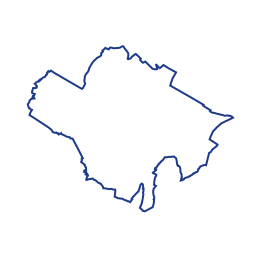 outline of Xochitlán Todos Santos, Puebla, Mexico, rotated 278°
{"feature_id": "50627088B34360163600394", "entity_name": "Xochitlán Todos Santos", "entity_type": "district", "adm_level": 2, "iso_a3": "MEX", "parent_name": "Mexico", "parent_adm1": "Puebla", "projection": "albers", "projection_center": [-97.79, 18.694], "detail": "fine", "context": "isolated", "style": "outline", "palette": "blue", "viewbox_px": 256, "rotation_deg": 278, "n_neighbors": 0, "source": "geoboundaries", "source_scale": "gbopen_adm2", "svg_char_len": 5604}
<svg xmlns="http://www.w3.org/2000/svg" viewBox="0 0 256 256"><g transform="rotate(278 128 128)"><path d="M152.8,230.5L153.7,229.3L153.9,228.6L154.0,228.1L154.4,227.0L154.4,226.7L154.1,226.3L154.3,225.7L154.2,225.2L154.2,224.0L153.7,222.7L153.6,221.9L153.9,220.7L154.0,220.1L154.1,218.7L154.0,218.4L154.2,217.7L154.2,217.1L154.3,216.7L154.4,214.7L155.0,211.3L154.9,210.0L155.1,208.9L155.5,207.7L156.1,206.8L157.1,207.3L158.1,204.7L160.6,199.2L161.5,199.6L167.4,185.2L175.9,163.9L179.7,164.5L183.9,165.4L189.8,167.9L192.7,160.1L195.3,154.4L194.6,153.7L192.4,151.9L191.7,151.2L192.6,149.8L195.1,146.6L192.6,148.0L190.4,148.7L190.1,147.9L190.0,147.2L189.9,145.8L190.0,144.5L190.3,143.8L194.9,137.6L196.2,135.9L195.6,135.2L195.0,134.0L194.7,133.7L195.2,133.0L196.0,131.7L197.5,130.4L198.4,131.0L200.4,128.4L202.3,125.6L202.3,125.1L199.7,122.5L198.4,121.5L197.2,120.8L196.2,118.7L196.5,118.0L197.4,118.2L199.7,118.2L201.1,118.1L202.0,117.8L203.5,116.6L206.6,113.3L207.6,112.7L208.2,112.0L208.2,111.6L208.1,111.2L208.0,110.8L206.8,109.3L206.6,109.0L206.2,108.2L205.8,106.6L205.5,105.2L205.1,103.3L205.0,102.3L205.0,101.8L205.2,101.0L205.2,100.5L205.2,99.6L205.1,99.1L204.9,98.9L204.3,98.6L203.8,98.3L203.4,98.3L203.2,98.1L203.3,96.9L203.6,96.6L203.5,96.3L204.4,93.6L203.7,94.3L201.1,91.9L200.2,92.6L198.3,90.9L197.7,91.4L196.2,91.3L194.9,90.2L193.9,88.7L193.1,87.6L191.8,86.6L189.9,85.0L188.5,84.1L185.1,82.5L181.9,81.3L180.1,81.1L179.1,80.9L177.1,80.0L176.9,79.7L174.6,78.5L173.0,78.1L171.0,78.2L168.6,78.2L167.1,78.8L166.0,79.4L165.6,79.4L162.8,78.3L161.5,78.0L160.3,76.9L172.2,47.6L174.1,43.7L172.7,42.4L173.3,41.2L171.3,40.1L170.8,40.6L168.8,39.7L168.9,39.3L167.0,38.6L166.2,36.9L164.0,35.2L164.2,34.6L163.4,33.9L163.4,34.5L161.9,33.7L161.3,32.0L160.8,31.2L158.9,29.5L158.1,30.7L156.9,31.3L156.7,32.0L155.2,31.9L154.9,31.0L154.7,30.9L154.4,29.4L154.4,28.5L150.6,27.9L149.3,28.3L148.8,30.1L148.7,31.0L147.0,30.5L146.8,30.2L146.6,29.4L145.6,29.2L145.0,30.6L144.2,31.2L143.5,28.2L141.1,26.6L140.1,26.7L139.5,26.5L137.5,25.5L137.0,25.6L133.9,27.2L134.0,27.6L133.8,28.1L132.9,28.8L132.6,30.4L130.1,29.3L127.2,28.6L117.3,49.6L116.4,51.0L115.6,52.4L115.0,52.8L114.8,53.2L114.4,53.5L113.4,54.0L113.1,57.6L113.3,57.7L113.1,58.0L113.0,59.4L112.9,59.4L112.8,59.8L112.2,59.8L112.1,60.0L112.9,60.0L112.8,61.7L112.9,62.0L113.1,62.2L112.9,62.2L112.8,62.5L112.7,62.4L112.6,63.0L112.8,63.1L112.7,63.4L112.3,64.3L112.2,65.0L111.8,65.8L111.8,66.3L111.0,68.0L110.8,69.7L110.8,70.7L110.6,71.8L109.7,72.3L109.7,74.7L103.6,79.0L103.4,79.3L91.8,87.4L91.5,86.6L91.4,86.4L91.1,86.4L90.8,86.4L90.4,86.7L89.8,86.8L89.4,86.8L87.9,86.3L87.7,87.0L86.8,87.9L86.5,89.0L86.1,89.5L85.7,89.8L85.6,90.3L84.9,90.3L84.6,90.4L83.7,91.3L83.3,91.5L83.1,91.9L81.2,92.3L80.3,92.4L80.4,92.1L80.3,91.6L80.0,91.6L80.1,91.4L79.9,91.0L79.6,90.6L78.5,90.5L78.4,91.1L78.8,91.7L78.7,92.3L78.3,92.1L77.5,93.3L76.4,92.3L76.1,92.4L76.0,92.8L76.9,93.7L75.7,95.0L75.0,94.9L74.8,94.4L72.8,94.0L70.9,93.9L70.8,94.4L71.9,96.4L72.4,98.4L73.1,100.1L72.8,100.6L72.2,101.0L71.9,101.9L71.7,103.3L71.1,104.0L69.6,106.3L69.3,107.4L69.0,108.2L69.2,108.3L69.0,108.8L68.4,109.4L67.6,110.2L66.5,111.3L64.9,111.9L65.0,113.4L65.0,115.6L64.9,117.7L64.8,117.9L65.4,119.9L65.0,122.1L65.2,123.8L64.0,124.2L58.1,124.4L57.5,126.8L57.1,127.4L57.1,132.7L56.4,134.0L56.1,135.3L56.1,136.4L55.4,137.7L55.4,138.1L55.6,138.4L54.9,140.5L56.1,141.1L57.9,142.1L58.3,141.4L60.3,142.6L60.9,142.7L61.0,142.8L61.0,143.0L61.5,143.4L62.2,143.8L62.7,144.2L63.7,144.8L65.0,145.9L66.3,146.7L66.6,147.2L67.9,147.3L68.8,147.6L69.6,147.7L70.3,147.9L70.9,147.9L72.3,148.2L73.3,148.2L74.2,148.8L74.3,148.9L74.8,149.2L74.8,149.9L74.1,150.5L73.3,150.8L72.6,150.9L71.5,151.2L71.0,151.3L70.2,151.2L70.3,151.7L70.3,151.8L68.6,151.9L68.1,152.1L66.8,151.9L65.5,152.0L65.0,152.3L64.9,152.4L63.4,152.5L63.0,152.3L61.0,152.4L58.8,152.4L55.3,152.1L52.6,151.5L52.6,151.4L50.6,150.9L48.4,154.1L48.1,154.1L47.8,156.1L47.9,156.4L53.0,163.4L56.5,164.0L60.8,163.8L60.9,163.4L61.9,163.8L62.9,163.7L66.0,162.3L69.0,161.7L70.0,161.8L71.1,161.8L71.9,162.2L74.6,163.7L75.3,161.7L78.5,161.5L81.3,161.6L83.1,161.8L84.4,162.3L84.6,162.6L85.7,162.5L86.2,161.4L86.5,160.4L86.5,159.7L86.8,159.1L87.2,158.8L90.4,161.8L90.9,161.7L91.1,160.3L91.8,160.3L93.5,162.0L95.5,162.9L96.1,163.4L96.5,163.3L97.3,163.9L97.3,164.2L98.0,164.5L98.7,165.0L99.0,165.1L99.4,165.6L100.0,165.8L101.0,166.9L102.3,167.6L104.2,168.6L104.3,169.1L104.2,170.1L104.5,170.5L104.9,171.8L105.4,174.3L105.4,174.7L105.7,175.5L105.8,175.7L106.1,177.2L105.9,177.3L105.9,177.9L104.8,179.7L104.0,180.1L102.6,180.7L100.6,181.2L98.8,181.8L98.7,182.1L98.3,182.1L98.2,182.3L98.0,182.5L97.6,182.5L97.4,182.7L97.4,183.6L97.3,183.9L96.6,184.7L96.2,184.9L94.5,185.6L91.8,186.1L91.2,186.3L90.2,187.1L89.1,187.6L86.4,188.2L85.7,187.9L85.1,188.0L85.0,187.8L84.9,187.8L84.5,188.0L84.2,187.9L84.0,187.7L83.4,187.6L83.7,188.3L83.7,188.7L84.2,189.4L84.6,189.5L84.9,189.9L84.9,190.4L85.0,190.5L85.6,190.6L86.6,191.8L87.4,193.5L87.8,194.2L88.3,195.1L88.8,195.4L88.7,195.8L88.8,196.0L90.0,197.1L90.3,197.6L90.8,198.2L91.5,198.5L91.7,198.8L91.7,199.1L91.8,199.3L92.3,199.3L92.4,199.5L92.4,199.9L93.2,201.0L93.6,201.2L93.9,202.2L94.6,202.9L94.8,203.1L96.1,203.4L96.5,203.4L96.9,203.4L97.0,203.3L97.3,203.5L97.8,204.1L98.0,204.1L98.4,204.1L99.0,204.7L99.5,204.9L99.9,204.9L101.9,208.5L102.2,209.4L102.0,210.5L114.6,211.8L115.3,212.7L115.5,213.2L117.4,214.1L118.4,214.5L119.0,215.0L119.5,215.6L121.2,217.1L121.5,217.5L121.8,217.7L122.0,218.1L123.0,218.6L124.0,219.0L128.1,210.4L131.2,211.1L136.4,212.6L140.9,215.8L145.7,219.9L152.8,230.5Z" fill="none" stroke="#1e3a8a" stroke-width="2"/></g></svg>